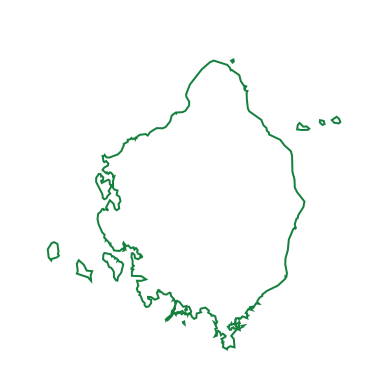 Marinduque, Marinduque, Philippines (Natural Earth projection), rotated 198°
{"feature_id": "2640588B36383122170471", "entity_name": "Marinduque", "entity_type": "district", "adm_level": 2, "iso_a3": "PHL", "parent_name": "Philippines", "parent_adm1": "Marinduque", "projection": "natural_earth1", "projection_center": [122.005, 13.38], "detail": "fine", "context": "isolated", "style": "outline", "palette": "green", "viewbox_px": 384, "rotation_deg": 198, "n_neighbors": 0, "source": "geoboundaries", "source_scale": "gbopen_adm2", "svg_char_len": 5899}
<svg xmlns="http://www.w3.org/2000/svg" viewBox="0 0 384 384"><g transform="rotate(198 192 192)"><path d="M114.7,54.1L110.0,53.2L110.0,54.8L108.1,57.1L103.6,57.4L106.8,65.1L110.2,67.3L106.7,75.7L103.9,75.5L106.5,80.5L107.8,81.4L108.9,80.7L109.3,78.5L106.7,77.7L108.4,75.6L109.7,75.1L110.8,76.1L112.2,74.9L112.2,73.2L113.4,72.6L116.2,75.0L115.0,75.5L115.3,77.2L114.1,77.8L113.9,79.2L113.1,78.1L111.2,79.9L110.0,79.0L111.6,84.9L110.9,84.1L111.1,85.5L109.2,86.3L108.3,85.5L107.5,86.8L106.6,86.6L105.6,89.3L100.4,89.0L101.3,90.4L100.4,91.9L101.6,91.9L102.2,93.5L103.5,93.5L102.2,98.1L98.8,98.3L101.1,99.4L101.3,100.4L99.3,101.5L99.2,99.9L97.9,100.8L96.7,105.8L93.7,106.4L96.0,107.6L96.1,108.8L95.2,112.2L93.0,115.0L93.5,116.2L90.1,121.2L81.4,129.6L76.3,138.6L77.1,140.8L76.1,140.7L76.6,144.1L81.0,152.1L82.6,157.8L82.9,166.4L85.2,176.6L84.3,187.8L83.1,190.1L82.4,189.3L82.1,189.8L84.3,193.0L84.4,198.6L83.4,199.9L83.8,202.7L81.4,212.2L82.1,217.7L92.1,224.4L95.6,228.0L98.4,235.6L102.7,242.2L108.0,257.3L110.6,261.4L118.5,264.9L124.1,268.9L136.5,270.5L137.2,272.3L139.7,273.3L141.0,275.9L144.6,277.5L148.3,282.0L162.4,286.4L164.6,288.6L168.6,297.4L170.7,303.3L170.5,305.2L172.6,305.0L174.1,306.1L174.5,307.4L173.5,307.4L173.1,309.2L175.6,309.2L179.8,312.5L183.1,317.7L192.0,320.4L192.7,319.7L194.4,321.9L197.6,323.8L212.0,323.7L215.1,320.9L220.6,311.7L227.2,293.6L227.8,283.0L226.7,280.7L222.6,277.1L221.5,273.4L223.3,267.3L225.7,265.0L231.3,262.8L231.3,261.9L232.2,262.3L234.9,258.5L234.6,252.3L237.1,245.8L239.4,243.6L245.4,241.8L250.3,236.0L251.6,232.0L253.8,232.8L259.2,230.3L261.2,227.8L261.3,226.2L262.2,226.3L262.3,224.6L263.0,225.4L264.9,223.9L266.3,224.7L267.4,222.7L269.3,221.8L268.6,219.9L271.8,216.6L271.3,215.5L271.8,209.3L274.1,204.9L281.3,199.2L283.9,198.5L286.6,200.3L287.1,198.6L288.1,198.5L285.6,193.8L284.7,193.3L283.2,194.9L280.4,193.2L280.2,191.2L283.1,188.0L283.9,185.3L279.4,183.3L278.8,184.5L277.1,183.3L276.0,185.4L274.9,185.3L272.5,183.8L271.8,182.1L270.7,183.0L270.5,177.8L268.3,171.5L266.8,170.4L263.3,170.4L262.8,166.1L259.6,165.1L257.2,161.3L258.1,157.8L256.1,153.8L258.0,151.4L260.0,152.1L263.1,156.7L267.6,158.7L268.9,151.0L266.0,148.3L268.6,149.1L270.2,147.7L271.3,148.5L272.3,147.7L272.8,144.9L274.5,142.4L273.5,137.1L270.8,132.4L265.0,125.9L262.0,124.4L261.4,121.4L259.5,120.7L259.1,119.4L258.8,120.1L255.9,118.7L253.9,116.7L253.5,117.5L252.5,115.7L250.2,114.7L248.1,112.3L242.5,113.6L240.8,116.5L239.6,116.3L239.5,119.3L241.4,121.3L241.4,122.7L237.8,120.1L236.2,121.5L232.7,119.6L230.6,121.3L229.6,120.2L227.9,121.4L229.4,118.4L227.9,121.3L225.7,120.0L225.7,118.0L224.1,116.6L221.7,116.8L219.5,115.1L219.5,114.7L221.5,114.3L220.2,114.1L222.6,111.4L225.9,111.6L227.3,114.5L229.6,115.6L230.3,115.0L229.5,111.4L227.5,108.8L225.7,103.8L223.7,104.1L225.5,103.3L224.7,100.4L226.4,101.5L225.7,100.2L226.4,99.9L223.9,100.0L224.7,97.9L223.2,93.7L214.1,96.3L208.7,94.7L212.7,91.9L216.9,90.6L214.1,86.4L214.6,83.0L212.7,80.4L210.9,80.7L210.1,79.8L210.4,77.9L208.9,77.4L205.1,72.8L202.7,71.8L202.1,69.7L200.0,68.5L197.9,69.7L196.5,73.6L197.5,76.8L200.7,77.0L201.4,78.7L198.3,79.4L194.0,78.1L190.9,80.9L194.2,85.1L193.8,88.4L192.3,88.4L192.1,87.1L190.1,87.4L187.2,86.1L184.5,86.6L182.3,89.3L181.2,89.3L179.6,86.5L176.4,84.9L176.6,83.3L175.8,84.1L174.6,82.9L173.5,83.4L173.8,82.4L174.4,82.8L173.1,80.1L173.2,74.6L174.3,72.9L173.7,68.8L176.5,64.7L177.1,62.4L177.6,63.6L177.6,62.7L176.8,61.9L175.6,62.4L173.2,66.9L172.0,71.5L172.7,73.6L172.0,75.6L172.9,77.8L172.8,83.6L170.2,83.7L164.8,80.1L162.2,81.8L162.0,81.0L159.3,82.0L155.8,78.0L155.9,76.7L157.6,75.1L154.9,75.1L153.6,73.3L150.8,72.0L149.0,73.7L150.0,77.9L146.2,80.4L147.6,81.7L147.7,83.7L143.5,86.2L139.2,84.4L139.4,82.3L136.0,81.5L135.2,80.3L134.2,81.2L131.4,80.9L129.5,77.4L127.9,76.5L128.2,74.5L130.7,75.0L126.3,70.3L127.5,69.0L125.1,65.6L125.7,61.7L124.0,63.1L124.8,66.0L124.3,68.1L121.9,67.2L120.3,64.7L118.9,66.8L115.5,65.5L115.4,64.7L118.6,61.3L117.1,60.4L117.1,58.7L115.7,58.8L116.1,57.5L115.1,57.0L114.7,54.1ZM237.0,84.5L235.6,84.6L236.1,88.3L234.4,93.4L235.0,101.9L237.6,103.7L239.4,103.2L241.2,104.4L241.6,103.6L241.8,104.8L243.2,105.5L244.7,104.9L244.8,105.7L248.1,106.7L248.0,107.4L248.3,106.1L250.1,107.7L256.5,106.9L256.9,105.0L255.8,100.5L252.1,99.0L251.2,99.5L247.8,95.1L245.3,94.9L243.0,93.2L241.6,91.8L239.9,87.0L237.0,84.5ZM273.2,158.0L271.4,159.6L271.0,162.4L269.4,165.3L271.6,167.2L270.5,171.8L271.2,173.7L272.4,173.8L274.1,177.6L275.5,177.8L280.6,172.7L281.9,174.6L280.4,175.9L280.9,178.5L282.7,179.5L283.2,178.8L284.6,180.8L286.2,180.4L287.5,175.8L286.3,172.0L276.6,162.3L274.9,158.7L273.2,158.0ZM260.5,76.3L262.6,81.2L262.5,85.9L267.8,84.7L272.5,89.4L278.6,92.1L279.4,88.2L276.3,81.7L276.3,78.8L264.6,78.7L260.5,76.3ZM304.8,83.4L304.9,84.9L300.3,88.0L298.9,90.3L300.4,91.5L300.5,93.9L303.9,101.0L307.5,101.7L309.6,100.2L311.5,93.0L308.1,85.5L304.8,83.4ZM112.1,288.5L111.4,284.0L106.7,284.9L100.9,287.0L100.0,288.4L103.1,289.8L106.4,288.5L111.0,290.9L112.1,288.5ZM78.1,301.8L73.6,302.6L72.5,304.3L74.7,307.0L77.7,308.2L81.3,303.6L78.1,301.8ZM88.6,296.1L86.9,297.5L88.7,300.3L92.4,299.9L91.9,297.6L88.6,296.1ZM169.4,70.2L169.5,71.1L166.0,73.6L163.8,72.6L162.6,74.6L164.5,75.8L166.6,73.8L168.4,73.5L170.8,71.2L169.4,70.2ZM193.5,327.6L192.6,329.2L193.6,330.8L195.4,329.0L193.5,327.6ZM158.2,63.9L159.4,66.4L160.5,65.4L160.2,64.8L158.2,63.9ZM238.6,116.5L237.5,116.7L238.8,119.0L238.6,116.5ZM162.2,77.8L160.7,77.8L160.4,78.8L161.6,79.5L162.2,77.8ZM222.0,114.5L220.3,114.7L219.9,114.9L221.7,116.2L221.0,115.2L222.0,114.5ZM106.9,83.1L107.2,82.1L106.2,82.2L106.9,83.1ZM160.4,73.7L159.3,74.0L159.3,74.4L160.2,74.8L160.4,73.7ZM162.2,74.7L161.5,74.3L161.6,75.2L162.2,74.7ZM102.9,78.6L102.3,79.2L102.7,79.3L102.9,78.6ZM238.6,116.2L238.8,115.2L238.4,115.5L238.6,116.2ZM158.4,74.6L158.1,74.1L158.1,74.9L158.4,74.6ZM102.1,80.7L101.5,80.7L101.2,81.2L102.1,80.7Z" fill="none" stroke="#15803d" stroke-width="2"/></g></svg>